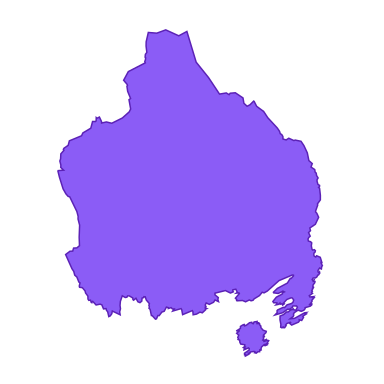 Bærum nor, Oslo, Norway, rotated 4°
{"feature_id": "86288312B1963892276689", "entity_name": "Bærum nor", "entity_type": "district", "adm_level": 2, "iso_a3": "NOR", "parent_name": "Norway", "parent_adm1": "Oslo", "projection": "orthographic", "projection_center": [10.489, 59.945], "detail": "fine", "context": "isolated", "style": "filled", "palette": "violet", "viewbox_px": 384, "rotation_deg": 4, "n_neighbors": 0, "source": "geoboundaries", "source_scale": "gbopen_adm2", "svg_char_len": 6056}
<svg xmlns="http://www.w3.org/2000/svg" viewBox="0 0 384 384"><g transform="rotate(4 192 192)"><path d="M175.7,32.2L167.9,37.1L154.5,32.1L145.8,36.0L137.3,35.9L135.8,45.3L136.0,49.6L137.2,55.9L135.9,57.9L135.8,60.8L136.3,61.1L136.4,62.7L135.8,65.3L136.4,66.4L120.1,76.3L116.0,85.3L119.9,89.3L120.2,90.2L119.7,91.0L120.8,96.1L124.2,103.0L122.7,104.3L125.0,113.5L123.8,116.4L117.4,123.0L107.2,129.0L101.7,128.1L97.0,129.5L96.8,128.0L94.4,123.7L92.0,125.1L91.3,124.5L91.4,127.6L90.9,128.4L87.9,128.6L86.6,135.4L79.0,140.7L77.9,143.6L66.1,149.5L65.2,154.1L61.3,157.2L60.7,158.4L61.3,159.4L58.5,163.1L58.6,168.1L58.0,170.3L59.3,174.3L59.4,176.7L62.4,179.2L57.0,180.0L56.8,180.5L58.7,186.4L63.2,197.9L66.4,202.7L68.7,205.0L70.4,205.4L78.5,219.5L80.1,224.2L80.2,226.9L82.2,232.9L82.6,245.0L83.5,253.4L81.0,255.8L77.8,256.2L77.1,259.3L74.4,259.6L70.3,263.2L77.6,276.9L79.6,279.5L80.8,283.1L83.1,284.9L85.4,289.7L86.6,290.5L86.1,293.7L86.5,294.9L89.3,295.1L92.2,298.1L92.9,300.2L95.4,303.1L95.7,306.1L96.6,307.3L98.3,307.0L99.2,309.2L99.8,309.4L99.9,308.4L100.6,308.0L104.2,311.4L108.1,310.3L109.9,310.8L111.9,314.8L114.4,314.3L115.0,316.1L116.2,317.3L117.7,322.1L119.1,321.3L120.5,319.0L120.8,316.3L128.9,319.5L128.2,316.6L128.8,313.5L128.1,310.1L128.2,306.0L129.7,300.4L132.8,301.9L134.4,301.5L135.0,300.1L136.6,300.0L140.3,301.8L140.6,303.5L141.3,304.0L143.5,301.9L145.7,305.3L147.8,306.0L149.5,304.4L149.6,301.3L151.2,300.7L151.3,299.8L152.7,299.8L153.9,302.9L157.3,306.4L156.9,308.0L157.5,309.6L157.2,311.0L158.4,312.0L160.1,318.1L160.9,318.1L164.4,321.4L165.4,321.0L166.6,317.6L167.9,317.6L170.3,313.9L172.6,312.9L174.5,308.6L176.4,309.0L176.5,309.9L179.2,308.8L180.6,310.0L182.4,309.9L181.1,312.1L189.2,309.1L190.0,310.3L191.2,315.0L200.6,310.3L201.2,311.1L201.7,314.4L205.0,313.5L208.3,311.3L210.7,311.8L213.7,308.6L213.5,307.8L214.7,307.3L213.6,307.0L213.2,306.0L214.0,305.5L213.1,303.9L213.9,301.7L217.1,302.9L221.2,300.5L222.5,298.1L226.1,299.5L225.3,297.4L225.6,295.5L222.1,293.0L222.0,291.3L232.2,288.0L237.4,290.1L240.2,288.7L239.6,287.8L239.6,286.7L242.5,285.9L244.2,288.9L243.2,289.8L245.8,289.3L246.3,290.0L242.7,294.9L244.2,296.3L244.1,297.2L244.5,297.4L250.0,296.7L253.1,297.8L256.7,295.7L258.5,296.4L260.4,295.8L261.5,294.2L266.6,290.6L269.0,287.1L270.9,287.6L274.0,285.6L285.0,274.3L297.8,267.8L299.0,267.9L299.1,268.6L297.0,271.3L296.1,271.2L293.5,276.2L283.9,282.2L280.2,286.3L280.5,286.9L285.1,287.2L289.6,284.5L291.1,285.2L289.2,286.3L289.3,287.3L288.5,287.9L283.5,291.0L280.3,295.6L281.2,296.8L284.4,296.6L284.6,297.7L283.7,298.7L286.0,298.1L287.5,296.6L287.8,297.8L289.4,297.2L290.3,298.5L291.9,297.1L291.0,296.5L294.1,292.6L298.3,290.6L299.5,290.8L301.0,292.7L300.4,295.0L299.0,296.3L294.7,297.9L292.4,300.8L291.0,300.7L285.6,303.7L285.1,304.5L285.4,306.4L283.3,308.9L290.9,306.1L295.5,302.3L297.5,302.1L299.6,300.5L300.7,298.6L304.3,298.4L305.2,299.5L303.8,302.7L301.9,302.4L301.0,301.3L300.7,302.2L298.6,302.8L296.4,304.9L294.7,305.1L291.9,307.9L288.5,309.6L288.7,313.4L289.9,317.9L289.9,320.7L291.1,321.2L292.9,319.9L292.2,321.0L293.9,320.9L295.2,318.7L294.6,318.2L295.9,316.5L299.2,315.1L299.5,315.4L298.8,316.4L300.7,317.8L307.3,314.4L308.1,313.1L307.9,312.0L310.4,312.5L312.0,309.3L311.2,308.2L314.5,305.7L313.2,305.4L314.5,304.3L312.8,304.6L303.1,310.9L298.8,311.6L301.7,309.0L302.1,307.8L301.7,306.7L302.5,305.2L306.0,302.5L309.3,303.4L310.7,302.8L312.3,301.7L313.0,300.3L312.9,299.5L318.0,297.6L319.3,296.3L319.5,294.7L318.5,296.3L317.2,296.1L319.0,293.5L319.4,292.5L319.1,291.7L321.2,288.9L319.9,288.8L320.8,287.8L317.0,288.5L316.2,287.3L319.3,284.7L318.3,283.9L319.0,282.6L318.4,282.1L319.3,280.0L318.9,280.2L319.0,279.3L319.8,278.4L319.1,277.8L319.3,276.2L320.8,273.9L320.9,272.7L319.4,272.7L319.9,271.2L318.7,271.9L318.0,271.0L318.8,269.4L321.4,268.9L322.4,268.1L323.3,266.1L324.0,265.9L325.1,264.0L324.8,262.9L324.3,263.7L323.3,262.9L323.2,261.4L324.6,258.9L326.4,259.6L326.4,260.6L326.6,257.3L327.2,256.4L325.7,253.8L325.7,253.0L326.4,253.1L324.5,248.2L320.8,246.9L320.0,248.2L318.4,247.5L317.9,246.3L317.9,244.5L318.9,243.5L319.2,242.0L318.1,241.0L316.4,241.5L315.7,240.7L314.8,237.4L315.0,234.4L313.8,233.3L311.5,232.8L311.0,230.9L311.6,229.3L313.0,227.8L311.1,224.4L312.9,222.3L312.0,219.7L317.3,215.6L320.1,208.4L318.0,204.5L316.7,203.3L316.7,202.1L318.3,196.3L318.0,195.1L320.6,190.9L320.3,186.4L319.0,179.4L318.0,178.6L318.8,177.7L318.8,176.5L317.1,175.6L316.0,172.6L315.9,171.0L316.8,169.2L315.1,166.8L314.6,164.5L313.4,163.5L312.9,161.1L309.0,158.8L310.0,155.3L306.4,152.5L304.3,144.9L300.4,137.9L297.2,133.8L291.3,133.0L290.1,133.6L284.8,131.6L282.3,133.5L279.1,132.8L278.8,130.3L277.5,128.4L276.0,127.7L275.1,125.4L272.7,122.3L262.4,112.6L257.9,106.7L250.5,102.0L247.7,97.3L247.2,97.0L243.8,100.9L241.0,102.6L237.6,99.9L236.3,94.6L228.3,90.0L223.2,90.8L222.2,92.3L219.3,90.8L212.6,92.4L200.6,76.8L187.1,62.2L175.7,32.2ZM266.0,316.6L263.0,317.3L262.3,319.1L261.2,318.8L260.7,317.8L258.5,318.4L255.3,321.3L253.7,321.9L253.1,321.2L253.9,320.2L251.9,321.1L249.7,322.7L249.8,324.7L245.8,327.6L248.7,326.7L248.8,327.3L246.4,329.8L248.6,331.5L247.8,333.9L248.5,335.0L248.2,335.9L249.9,336.5L250.2,338.5L251.2,340.3L255.3,340.7L255.4,341.9L254.8,342.9L255.1,342.9L254.2,343.6L256.1,344.1L255.1,344.5L254.9,345.8L259.2,343.6L260.0,344.2L260.0,345.7L255.6,349.2L255.8,350.7L257.4,350.3L256.6,351.0L256.7,351.9L259.8,350.0L259.6,349.2L260.2,349.6L261.1,348.7L261.3,348.1L260.6,348.4L261.2,347.5L265.1,346.7L266.4,347.3L265.8,348.0L267.3,348.3L269.0,346.7L270.6,346.6L270.6,345.6L272.6,344.4L270.1,345.0L271.7,344.0L272.2,341.7L274.8,339.1L275.4,339.1L275.3,340.1L275.7,340.2L277.2,339.4L276.8,339.3L277.5,338.5L276.1,338.8L277.9,337.5L277.8,336.8L278.9,335.0L277.8,334.6L273.6,336.3L276.3,334.6L276.3,334.0L273.8,335.3L272.9,334.8L273.7,333.7L273.3,332.4L274.2,331.3L273.5,330.9L274.6,330.4L273.5,330.7L273.3,329.7L275.6,327.1L275.8,325.8L272.6,324.9L270.3,322.6L269.9,321.7L270.1,321.0L268.9,319.9L268.6,318.7L266.5,318.7L267.2,317.8L265.9,317.9L266.0,316.6Z" fill="#8b5cf6" stroke="#5b21b6" stroke-width="1.5"/></g></svg>